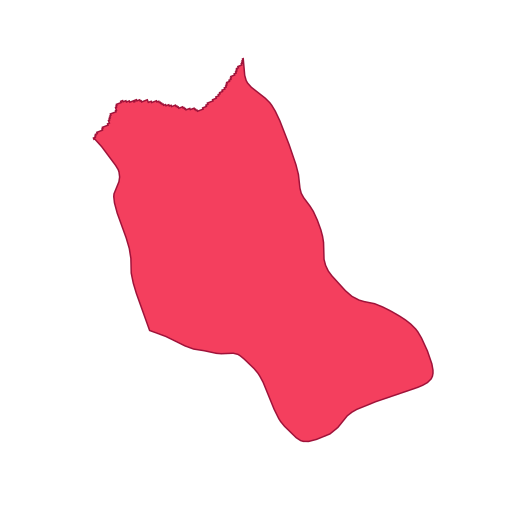 Nizao, Peravia, Dominican Republic (Equal Earth projection), rotated 159°
{"feature_id": "3306468B29569237091860", "entity_name": "Nizao", "entity_type": "district", "adm_level": 2, "iso_a3": "DOM", "parent_name": "Dominican Republic", "parent_adm1": "Peravia", "projection": "equal_earth", "projection_center": [-70.205, 18.267], "detail": "fine", "context": "isolated", "style": "filled", "palette": "rose", "viewbox_px": 512, "rotation_deg": 159, "n_neighbors": 0, "source": "geoboundaries", "source_scale": "gbopen_adm2", "svg_char_len": 3053}
<svg xmlns="http://www.w3.org/2000/svg" viewBox="0 0 512 512"><g transform="rotate(159 256 256)"><path d="M197.2,444.8L197.9,444.8L197.9,443.5L198.9,443.5L198.9,442.1L199.9,442.1L199.9,440.8L200.9,440.8L200.9,439.4L205.0,439.4L205.0,438.0L207.0,438.0L207.0,436.6L208.0,436.6L208.0,435.3L209.0,435.3L209.0,433.9L211.1,433.9L211.1,432.6L215.2,432.6L215.2,431.2L216.2,431.2L216.2,429.8L218.2,429.8L218.2,428.5L221.2,428.5L221.2,427.1L222.3,427.1L222.3,425.7L223.3,425.7L223.3,424.4L225.3,424.4L225.3,423.0L228.3,423.0L228.3,421.6L231.4,421.6L231.4,420.3L233.4,420.3L233.4,418.9L236.5,418.9L236.5,417.5L240.5,417.5L240.5,416.2L246.6,416.2L246.6,414.8L248.7,414.8L248.7,413.4L252.7,413.4L252.7,412.1L258.8,412.1L258.8,413.4L259.8,413.4L259.8,414.8L260.8,414.8L260.8,416.2L264.9,416.2L264.9,417.5L269.0,417.5L269.0,418.9L270.0,418.9L270.0,420.3L271.0,420.3L271.0,421.6L275.1,421.6L275.1,423.0L276.1,423.0L276.1,424.4L277.1,424.4L277.1,425.7L281.2,425.7L281.2,427.1L283.2,427.1L283.2,428.5L286.2,428.5L286.2,429.8L288.3,429.8L288.3,431.2L289.3,431.2L289.3,432.6L290.3,432.6L290.3,433.9L291.3,433.9L291.3,435.3L293.3,435.3L293.3,436.6L298.4,436.6L298.4,438.0L301.5,438.0L301.5,440.8L307.6,440.8L307.6,442.1L308.6,442.1L308.6,443.5L311.6,443.5L311.6,444.8L313.7,444.8L313.7,443.5L314.7,443.5L314.7,444.8L318.7,444.8L318.7,446.2L321.8,446.2L321.8,447.6L324.8,447.6L324.8,448.9L325.4,448.9L326.9,448.9L326.9,448.4L326.9,447.6L328.7,447.6L332.0,447.6L332.0,446.2L333.0,446.2L333.0,444.8L334.0,444.8L334.0,444.1L334.0,442.1L335.0,442.1L335.0,440.8L339.2,440.8L341.1,440.8L341.1,439.8L341.1,439.4L341.7,439.4L342.1,439.2L342.1,438.0L343.1,438.0L343.1,436.6L344.1,436.6L344.1,435.3L345.2,435.3L345.2,432.6L347.2,432.6L347.2,431.2L353.3,431.2L353.3,429.8L354.3,429.8L354.3,428.5L357.6,428.5L360.3,428.5L360.3,427.1L362.4,427.1L362.4,425.7L363.4,425.7L363.4,424.4L365.5,424.4L365.5,423.0L364.6,423.0L360.9,413.4L354.6,391.0L353.7,386.0L353.8,383.4L355.0,378.6L357.3,374.5L366.3,364.9L367.5,362.4L369.1,356.3L370.2,345.8L370.7,319.5L371.6,308.4L373.7,298.5L378.6,284.8L380.3,274.6L381.1,263.9L382.0,224.6L369.0,213.2L354.4,197.4L347.6,191.5L338.4,186.2L327.8,179.3L323.4,177.2L312.1,173.4L308.1,170.6L306.5,168.5L303.9,163.9L298.1,151.5L296.2,145.9L295.5,142.5L294.6,135.5L294.0,106.5L293.0,95.9L292.3,92.5L290.4,86.8L283.6,72.0L280.5,67.7L278.3,66.0L273.3,64.0L265.2,63.1L250.7,63.4L241.0,66.6L228.1,74.1L222.6,75.8L216.9,76.7L196.4,77.1L152.0,75.4L146.6,75.6L141.3,76.4L136.5,78.5L134.4,80.5L132.8,83.1L131.7,86.0L130.5,92.2L130.0,105.9L130.9,120.1L132.1,127.2L133.1,130.6L135.9,136.9L139.3,142.6L143.1,147.9L149.3,155.6L155.7,162.7L162.4,169.0L171.4,174.7L175.6,177.9L180.9,183.9L185.0,191.6L192.3,210.3L193.9,216.0L194.4,222.3L193.7,228.5L188.1,244.4L186.8,250.6L186.1,257.1L185.9,267.2L186.5,277.0L187.7,283.1L190.6,293.3L191.3,298.4L190.7,303.5L187.2,316.8L186.0,326.9L185.2,348.3L185.3,373.6L186.1,384.2L187.3,391.0L188.2,394.2L190.8,400.0L199.9,415.2L201.9,420.5L202.3,423.4L201.8,428.7L197.2,444.8Z" fill="#f43f5e" stroke="#9f1239" stroke-width="1.5"/></g></svg>